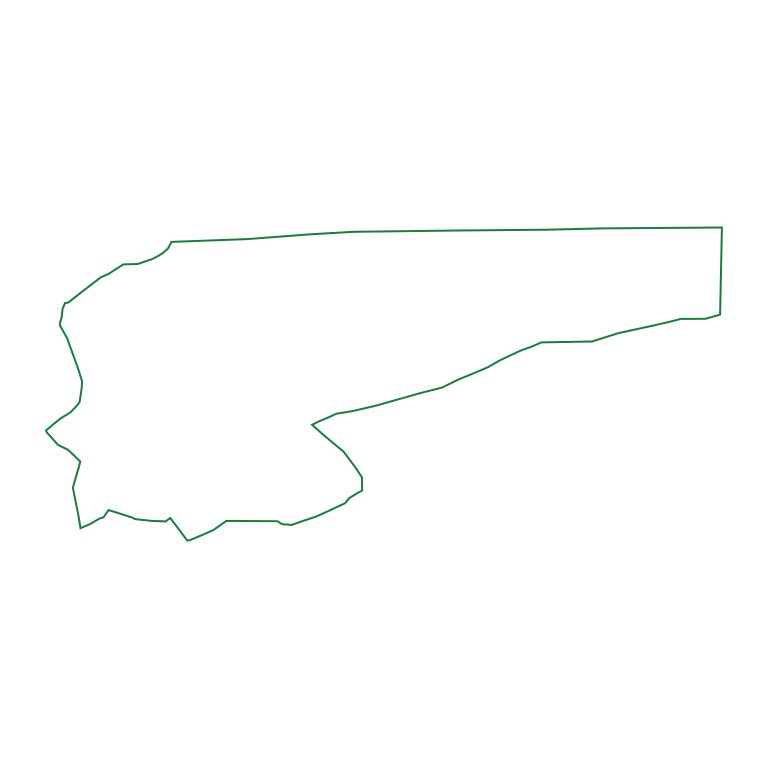 outline of Tchirozérine, Agadez, Niger
{"feature_id": "23599985B66307714151869", "entity_name": "Tchirozérine", "entity_type": "district", "adm_level": 2, "iso_a3": "NER", "parent_name": "Niger", "parent_adm1": "Agadez", "projection": "equal_earth", "projection_center": [8.551, 17.383], "detail": "fine", "context": "isolated", "style": "outline", "palette": "green", "viewbox_px": 768, "rotation_deg": 0, "n_neighbors": 0, "source": "geoboundaries", "source_scale": "gbopen_adm2", "svg_char_len": 1332}
<svg xmlns="http://www.w3.org/2000/svg" viewBox="0 0 768 768"><path d="M80.5,528.2L91.2,523.5L99.1,518.7L103.5,517.3L108.5,510.1L116.2,512.4L132.6,517.7L135.0,519.1L151.8,520.9L165.8,521.4L167.9,519.7L170.2,518.0L176.6,526.3L187.2,540.5L189.9,540.1L203.4,534.5L213.8,529.8L226.3,520.9L277.3,521.2L282.1,524.2L291.8,524.9L300.7,521.7L315.5,516.8L328.3,511.1L337.3,506.8L345.0,503.3L349.4,498.0L359.0,492.2L362.1,490.6L362.0,477.4L354.9,466.7L343.6,451.7L322.8,434.4L312.1,424.8L318.4,421.6L330.2,416.6L336.4,413.7L352.1,411.2L376.5,405.5L399.0,399.1L421.0,392.9L441.9,387.6L458.9,379.3L472.9,373.6L488.3,367.0L499.4,360.6L509.1,355.9L521.3,350.3L531.8,346.6L541.3,342.4L591.9,341.5L606.2,337.0L618.2,333.2L634.6,329.6L654.1,325.4L673.3,320.9L680.7,318.9L705.3,318.8L720.1,314.6L721.9,227.5L601.0,228.4L547.2,229.7L458.3,230.5L353.7,231.8L308.9,234.4L247.1,239.1L171.4,241.9L168.0,248.5L162.8,253.0L159.3,255.3L152.8,258.8L137.7,264.0L123.2,264.4L108.5,273.9L100.8,277.3L92.6,283.6L80.9,292.6L68.0,302.7L65.1,303.0L62.6,308.7L61.6,317.8L60.1,322.1L60.0,325.5L67.1,338.2L78.1,368.6L82.1,381.4L81.7,387.8L81.8,387.3L79.6,402.1L77.5,405.0L70.2,412.6L60.6,418.4L54.2,423.6L46.1,430.3L46.7,432.3L57.9,444.8L68.3,450.0L80.3,461.6L79.1,466.2L74.1,483.2L72.9,487.9L78.5,515.9L80.5,528.2Z" fill="none" stroke="#15803d" stroke-width="2"/></svg>